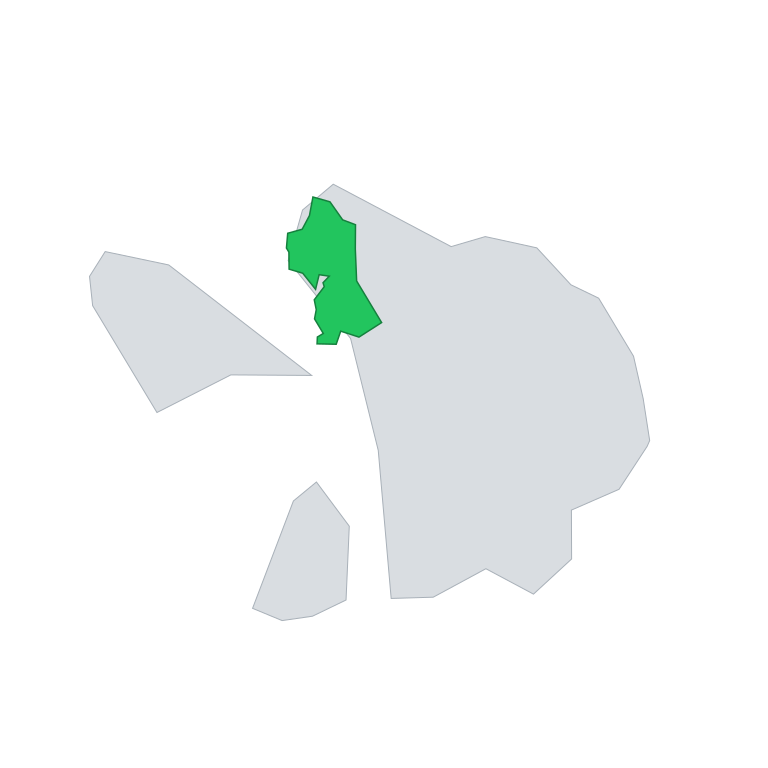 where Tuen Mun sits in Hong Kong S.A.R., rotated 59°
{"feature_id": "HKG-5166", "entity_name": "Tuen Mun", "entity_type": "state/province", "adm_level": 1, "iso_a3": "HKG", "parent_name": "Hong Kong S.A.R.", "parent_adm1": "", "projection": "natural_earth1", "projection_center": [113.971, 22.389], "detail": "fine", "context": "in_parent", "style": "filled", "palette": "green", "viewbox_px": 768, "rotation_deg": 59, "n_neighbors": 0, "source": "natural_earth", "source_scale": "10m", "svg_char_len": 1050}
<svg xmlns="http://www.w3.org/2000/svg" viewBox="0 0 768 768"><g transform="rotate(59 384 384)"><path d="M309.8,221.3L312.8,218.1L346.0,182.9L395.2,172.7L421.0,155.8L488.7,155.8L530.1,169.4L569.3,185.4L573.0,190.6L595.3,236.7L588.6,288.3L630.6,313.3L641.1,364.1L594.8,391.8L592.1,451.6L571.5,488.3L437.9,423.1L327.8,389.2L228.9,402.6L192.9,364.2L186.6,324.6L300.8,255.7L309.8,221.3ZM291.5,593.3L166.8,593.4L140.1,581.0L126.9,554.8L171.1,507.2L339.4,441.6L297.3,510.6L291.5,593.3ZM534.3,593.2L508.6,612.2L437.6,521.9L433.2,492.4L488.0,487.0L549.6,527.8L546.2,564.9L534.3,593.2Z" fill="#d9dde1" stroke="#a8b0b8" stroke-width="1"/><path d="M315.1,420.7L309.4,416.9L309.4,410.0L292.4,410.0L285.4,403.8L275.9,400.4L269.8,385.1L265.8,384.1L263.4,375.4L256.9,383.3L267.6,393.9L247.2,396.6L236.7,406.2L222.0,397.6L217.2,397.6L205.2,388.9L209.2,374.4L201.2,361.1L187.1,348.6L200.0,336.5L222.0,334.9L232.8,326.4L253.4,339.0L281.6,354.4L330.1,354.4L330.9,381.3L316.4,393.9L325.3,404.5L315.1,420.7Z" fill="#22c55e" stroke="#15803d" stroke-width="1.5"/></g></svg>